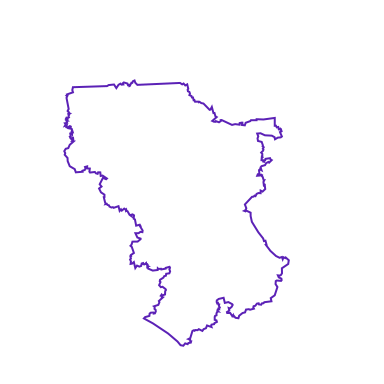 Papantla, Veracruz, Mexico (Mercator projection), rotated 159°
{"feature_id": "50627088B19201983933003", "entity_name": "Papantla", "entity_type": "district", "adm_level": 2, "iso_a3": "MEX", "parent_name": "Mexico", "parent_adm1": "Veracruz", "projection": "mercator", "projection_center": [-97.275, 20.413], "detail": "fine", "context": "isolated", "style": "outline", "palette": "violet", "viewbox_px": 384, "rotation_deg": 159, "n_neighbors": 0, "source": "geoboundaries", "source_scale": "gbopen_adm2", "svg_char_len": 6022}
<svg xmlns="http://www.w3.org/2000/svg" viewBox="0 0 384 384"><g transform="rotate(159 192 192)"><path d="M267.4,327.7L273.7,327.9L273.6,327.1L274.5,326.9L274.0,326.3L275.4,324.9L277.4,313.7L279.1,312.2L278.3,310.4L279.1,309.7L278.2,309.1L279.4,308.9L279.0,308.1L280.2,307.1L280.1,305.8L281.9,305.4L282.6,306.3L283.6,305.4L282.7,304.3L283.5,304.1L282.7,303.0L283.7,303.1L283.8,301.3L286.0,301.7L285.7,300.4L287.0,299.3L285.0,299.2L286.1,297.5L285.1,296.8L282.4,297.3L281.8,296.6L282.6,295.8L282.1,295.8L282.4,295.2L283.4,295.1L281.7,294.0L281.9,290.4L282.6,290.7L283.1,289.4L283.3,290.8L283.9,290.0L284.7,290.2L285.2,287.5L286.2,287.4L286.1,285.8L286.8,285.5L284.5,285.3L284.5,284.3L283.8,284.6L284.0,283.8L285.3,284.2L284.7,283.1L285.7,282.6L284.2,281.7L289.2,279.9L291.8,277.3L294.4,277.6L296.6,275.9L296.4,273.7L297.5,272.4L296.0,268.4L297.0,265.4L296.9,259.9L293.3,255.4L293.4,252.0L286.9,250.1L286.7,251.1L284.2,251.0L282.9,252.3L282.9,253.7L280.7,253.5L281.5,251.6L279.0,250.5L280.5,247.8L280.2,246.7L275.5,245.5L275.0,243.9L273.6,242.8L272.6,244.0L270.6,243.2L271.5,239.7L269.6,239.4L266.6,235.1L267.6,234.7L270.1,237.1L275.4,232.3L274.5,229.5L277.5,228.6L277.1,224.3L274.7,220.9L275.5,218.7L276.2,218.8L276.9,213.1L276.5,212.2L277.1,211.7L275.8,211.5L275.6,210.3L274.3,209.3L274.3,208.0L272.8,206.4L271.3,206.2L270.8,205.3L265.7,205.1L266.3,200.3L264.5,201.3L264.2,199.8L261.2,200.8L260.3,199.6L260.4,198.4L259.8,198.8L260.0,197.8L259.1,197.2L258.5,193.1L257.1,191.0L256.8,192.5L255.5,192.4L254.5,191.0L256.0,188.0L255.1,186.8L256.2,180.6L252.5,180.2L252.3,178.7L252.8,178.7L251.9,173.7L252.7,172.3L254.4,173.3L256.6,172.7L259.6,173.8L259.3,169.1L256.7,166.9L256.9,166.4L260.5,165.2L265.4,167.0L267.3,164.5L268.7,163.8L267.9,162.3L268.1,155.9L271.6,155.1L271.8,154.0L272.6,154.1L272.9,151.7L274.0,151.2L273.9,149.0L275.1,146.9L273.6,146.6L271.4,147.4L272.2,141.3L269.7,143.0L267.9,141.2L266.0,141.2L264.6,143.3L263.2,143.2L263.4,142.2L262.6,141.5L260.4,142.1L260.7,141.2L259.7,140.8L259.5,139.8L260.1,139.3L259.6,138.6L260.3,138.8L260.7,137.8L260.1,137.8L260.4,136.2L256.8,132.7L252.0,131.5L251.3,133.0L250.9,132.2L248.4,131.4L248.4,130.7L244.0,129.9L243.7,130.6L239.8,130.2L239.7,129.1L240.8,128.0L240.9,125.7L242.3,124.2L245.4,124.9L246.4,123.2L248.1,123.4L249.4,122.3L253.3,121.5L254.1,120.2L253.7,119.2L256.1,116.8L255.2,114.3L253.5,114.1L251.5,110.9L251.4,109.9L252.6,109.0L253.9,106.0L256.9,106.1L257.1,107.1L258.3,106.3L257.1,105.1L258.2,104.0L257.6,103.8L262.0,102.1L261.9,100.8L263.9,98.7L268.4,98.9L268.0,98.2L268.9,96.3L268.2,95.1L268.6,93.5L270.1,92.0L271.1,92.2L270.7,92.8L271.2,93.3L273.7,94.1L275.1,93.7L276.2,91.6L280.6,92.0L282.2,91.2L275.6,83.4L265.1,68.6L259.1,57.6L257.6,53.1L255.2,51.6L252.6,53.1L250.6,51.5L249.5,52.3L247.1,51.8L246.3,52.9L247.1,53.3L246.7,54.7L248.1,56.0L246.0,56.2L241.4,62.1L240.1,62.3L239.3,61.5L238.5,62.0L236.3,61.0L234.8,61.5L232.1,58.6L230.3,59.8L227.8,59.8L225.8,62.0L222.2,59.0L222.2,60.2L221.3,61.2L218.7,60.7L218.1,61.5L215.3,61.8L215.2,63.4L216.6,64.5L215.6,67.2L214.8,68.1L213.3,68.1L212.6,70.0L211.0,71.4L210.4,71.1L210.9,72.0L210.2,73.0L208.8,72.7L208.9,73.9L207.5,74.1L207.7,76.3L206.9,77.3L207.6,77.8L207.5,79.1L208.4,79.0L208.4,80.5L207.7,81.9L205.4,82.6L200.4,81.9L201.1,76.7L197.5,76.2L194.6,72.8L194.5,72.0L196.1,70.6L198.5,69.7L199.3,70.5L199.7,67.9L202.4,67.4L202.5,66.4L199.7,65.4L198.9,61.8L198.3,62.1L198.7,61.3L198.0,60.9L197.4,61.7L196.5,59.0L193.9,57.5L192.3,59.6L188.2,60.9L185.6,60.6L183.7,62.9L180.9,62.2L180.0,61.3L176.0,60.9L176.1,62.4L175.4,63.3L173.7,63.1L171.4,64.5L169.7,64.2L169.8,63.1L167.8,62.0L166.5,63.0L165.2,62.5L164.0,63.2L157.0,61.5L156.5,64.7L151.8,65.9L146.3,72.7L147.0,76.1L145.7,78.8L144.6,79.0L140.7,77.1L139.9,77.6L139.6,79.1L141.6,81.2L141.7,83.4L139.9,82.5L138.6,82.7L137.1,83.9L135.4,88.6L128.0,90.3L126.1,93.6L128.0,97.3L128.7,96.9L129.9,98.2L131.4,96.7L131.3,99.1L133.8,99.2L136.5,102.1L139.9,108.9L142.0,116.2L141.3,116.1L140.9,120.2L142.4,120.4L142.2,123.1L144.5,130.6L146.8,142.7L145.9,148.5L144.7,151.7L148.2,155.4L149.0,154.8L150.0,155.7L148.5,155.9L147.1,157.4L147.1,161.4L137.7,166.0L136.2,165.6L134.9,166.2L134.2,165.4L132.3,167.1L130.3,167.2L128.4,166.3L127.4,168.7L126.0,167.1L122.6,168.5L121.8,171.6L122.5,171.8L122.5,172.6L121.6,173.1L122.2,173.8L121.7,175.8L120.4,177.0L120.9,177.1L120.6,180.6L121.1,181.7L120.5,182.5L121.2,183.4L122.6,183.0L125.3,183.8L124.2,185.0L122.6,184.7L121.6,188.4L120.8,188.7L121.2,189.5L119.3,187.4L119.2,190.4L117.8,191.2L114.2,190.9L112.4,192.4L109.9,192.7L109.5,191.8L106.2,193.2L107.0,194.2L107.0,195.6L111.5,196.6L112.4,195.3L113.8,195.7L114.0,194.5L114.6,194.9L114.1,196.1L115.7,196.8L114.3,199.6L113.4,198.3L113.8,199.5L112.7,202.4L113.3,204.0L110.8,205.1L110.1,206.1L110.4,207.0L109.0,208.1L109.7,209.4L109.1,210.1L109.0,213.8L112.1,216.0L111.6,218.6L110.2,220.2L110.2,223.2L107.0,222.3L103.6,218.8L97.3,216.0L95.3,213.6L95.6,211.5L92.3,212.0L89.6,211.2L88.2,211.6L88.4,216.4L86.6,216.6L86.5,218.6L87.1,218.6L87.0,219.5L88.5,219.5L88.2,221.8L89.7,222.0L89.9,223.9L91.0,224.2L88.2,231.5L99.3,234.1L105.6,236.8L106.0,235.9L111.2,237.9L112.2,237.3L117.1,237.4L118.8,235.3L121.6,236.8L121.3,237.5L120.6,237.3L120.1,238.7L120.5,238.9L122.8,239.3L123.7,237.9L127.4,239.9L130.6,240.3L138.6,248.6L139.4,248.8L139.5,248.0L141.8,247.4L144.3,249.6L144.8,249.1L146.3,249.7L147.6,251.1L142.1,253.1L143.0,254.3L142.7,257.7L143.7,258.0L143.0,264.3L145.3,262.3L146.1,262.4L149.6,270.5L151.5,271.7L152.6,273.4L153.5,273.4L153.5,274.0L156.8,275.2L156.8,277.0L157.6,277.1L157.2,279.9L158.2,280.3L158.1,281.8L159.7,283.4L158.6,284.7L158.6,286.4L159.7,287.5L159.4,289.1L158.5,289.7L157.9,294.2L160.1,293.9L161.0,296.3L162.6,296.0L164.1,298.1L204.6,311.6L205.8,314.4L205.7,316.7L207.4,316.6L208.6,315.3L209.4,315.7L212.1,313.3L212.6,313.3L212.5,314.6L213.5,314.7L213.4,316.4L216.4,318.7L217.6,318.3L217.6,317.0L219.4,317.5L220.0,318.8L222.2,318.4L225.4,316.1L226.3,320.3L231.5,321.7L233.3,321.3L265.6,332.5L267.2,330.1L267.4,327.7Z" fill="none" stroke="#5b21b6" stroke-width="2"/></g></svg>